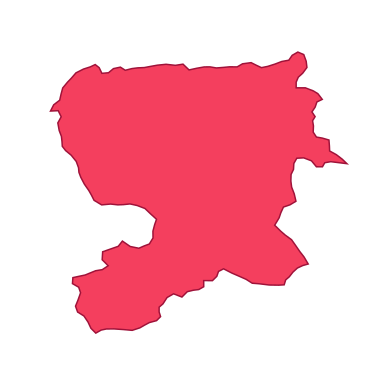 outline of Soledade de Minas, Minas Gerais, Brazil, rotated 277°
{"feature_id": "56859067B11452505630920", "entity_name": "Soledade de Minas", "entity_type": "district", "adm_level": 2, "iso_a3": "BRA", "parent_name": "Brazil", "parent_adm1": "Minas Gerais", "projection": "natural_earth1", "projection_center": [-45.033, -22.029], "detail": "fine", "context": "isolated", "style": "filled", "palette": "rose", "viewbox_px": 384, "rotation_deg": 277, "n_neighbors": 0, "source": "geoboundaries", "source_scale": "gbopen_adm2", "svg_char_len": 2363}
<svg xmlns="http://www.w3.org/2000/svg" viewBox="0 0 384 384"><g transform="rotate(277 192 192)"><path d="M134.7,316.1L141.2,311.1L146.0,306.3L151.4,301.5L156.8,296.6L160.7,289.6L164.1,284.6L169.1,278.1L176.9,281.6L182.2,282.7L188.2,284.6L191.2,290.8L195.5,296.3L202.6,293.7L209.0,290.3L214.9,288.8L221.5,288.2L226.8,290.0L232.7,289.6L238.3,291.9L239.5,298.7L237.5,306.8L232.2,312.4L232.9,318.4L237.2,320.2L239.0,326.0L239.0,342.3L242.9,337.1L246.6,330.8L249.5,323.6L254.4,322.8L260.3,321.6L261.4,314.7L261.7,308.8L266.2,305.0L272.4,304.5L277.4,303.0L281.8,305.0L286.1,301.3L291.3,303.9L296.6,305.0L299.8,310.0L304.9,305.0L307.1,300.2L309.2,291.9L308.1,282.7L313.7,282.0L318.9,283.5L323.4,287.4L329.6,290.9L335.7,289.4L342.0,286.2L343.8,280.0L339.9,274.8L334.6,272.0L332.5,265.2L329.1,258.8L325.9,251.8L323.9,245.8L325.6,240.5L327.6,234.9L325.4,226.5L321.7,221.6L320.8,213.9L319.5,208.0L318.1,201.1L318.4,194.6L317.6,188.8L315.4,181.6L312.8,174.2L317.8,167.5L315.7,160.1L315.6,150.7L313.7,142.3L311.7,135.8L309.7,129.5L308.6,123.0L307.2,117.4L304.7,110.9L307.2,105.7L304.9,99.0L300.2,94.6L298.8,88.1L304.1,84.7L306.7,80.4L303.8,75.8L300.8,69.3L296.1,62.3L290.3,58.4L285.9,55.1L279.5,51.0L273.2,50.1L267.0,49.5L261.7,44.1L255.1,41.7L256.4,49.3L250.7,53.0L244.2,50.4L236.8,52.7L231.3,55.6L226.3,56.8L221.5,57.7L217.7,61.5L213.8,67.6L208.2,73.4L202.3,76.4L197.7,77.4L193.1,79.8L186.7,84.2L180.9,89.4L176.6,92.6L171.8,95.8L168.2,103.9L170.1,112.6L170.2,119.9L171.1,125.4L172.6,131.9L171.9,139.3L169.9,147.3L165.2,153.6L160.6,160.1L155.0,158.9L148.4,158.0L141.6,158.9L135.2,156.0L132.6,151.0L129.7,146.1L130.4,137.3L134.8,128.9L129.1,125.4L125.9,118.9L121.8,110.6L113.8,111.1L108.6,117.8L104.0,112.4L102.1,105.9L99.3,100.9L96.6,96.1L94.9,91.1L92.5,84.2L86.5,84.5L83.7,91.1L78.4,93.7L70.8,92.0L64.5,90.3L58.9,93.1L55.8,99.8L50.3,104.6L44.4,108.3L40.2,113.7L43.9,118.7L45.6,123.7L46.6,131.2L47.1,140.6L47.4,149.5L50.8,156.8L53.9,160.9L57.2,165.6L60.0,172.5L64.5,176.0L68.9,174.0L73.7,173.4L77.4,176.8L84.2,180.1L88.7,186.1L86.5,194.8L92.5,199.5L94.7,205.4L96.0,210.6L99.4,215.2L105.5,214.4L106.5,223.1L111.3,226.9L116.4,228.0L119.6,232.7L116.4,241.4L114.1,249.2L111.9,256.4L108.8,262.9L109.1,269.9L109.1,280.0L110.1,289.4L111.1,294.8L116.2,295.7L119.7,298.9L124.7,301.9L129.4,305.9L132.5,310.9L134.7,316.1Z" fill="#f43f5e" stroke="#9f1239" stroke-width="1.5"/></g></svg>